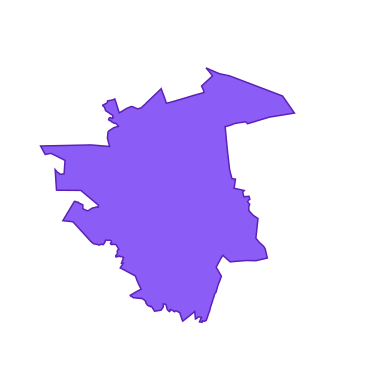 the district of Teopisca, Chiapas, Mexico, rotated 332°
{"feature_id": "50627088B78954166074167", "entity_name": "Teopisca", "entity_type": "district", "adm_level": 2, "iso_a3": "MEX", "parent_name": "Mexico", "parent_adm1": "Chiapas", "projection": "robinson", "projection_center": [-92.534, 16.553], "detail": "fine", "context": "isolated", "style": "filled", "palette": "violet", "viewbox_px": 384, "rotation_deg": 332, "n_neighbors": 0, "source": "geoboundaries", "source_scale": "gbopen_adm2", "svg_char_len": 5776}
<svg xmlns="http://www.w3.org/2000/svg" viewBox="0 0 384 384"><g transform="rotate(332 192 192)"><path d="M213.3,86.3L212.9,86.5L212.4,86.6L211.3,86.9L207.9,87.9L205.6,88.5L203.8,89.0L196.8,91.0L195.5,91.3L193.2,92.0L192.2,92.4L188.8,93.2L187.6,93.5L186.7,93.9L185.6,93.6L184.5,93.4L183.3,93.1L182.6,92.5L181.9,91.7L181.1,90.9L180.4,89.9L179.7,88.8L178.4,88.0L176.9,87.8L175.1,87.7L174.0,87.5L164.9,88.0L167.0,76.9L167.5,73.6L165.0,73.4L160.3,71.9L160.1,72.4L160.0,72.5L159.5,72.8L159.2,73.1L158.9,73.3L158.7,73.4L157.9,73.5L154.0,73.4L153.8,73.6L153.7,73.9L153.8,74.3L154.4,75.7L154.5,76.1L154.5,76.8L154.4,77.3L154.3,77.6L154.2,77.9L154.1,78.2L154.0,79.2L154.0,80.0L154.9,81.3L155.2,82.1L155.5,82.5L156.0,83.2L156.6,84.9L156.8,85.2L157.4,85.9L157.8,86.9L157.8,87.3L157.6,88.3L157.5,88.7L157.3,89.1L157.1,88.9L156.7,89.4L156.3,89.6L156.1,89.6L155.8,89.4L155.1,88.2L154.8,87.9L154.6,87.8L154.3,87.8L153.8,87.8L153.6,87.9L153.3,88.1L153.2,88.2L152.9,88.4L152.6,88.6L152.4,88.9L152.4,89.2L152.4,89.4L152.5,89.7L152.6,90.0L153.7,90.9L153.8,91.3L153.8,91.7L154.0,92.4L154.1,92.5L154.5,93.2L154.8,93.5L155.1,93.9L155.3,94.4L155.7,94.7L156.0,95.1L156.5,95.3L157.1,96.2L157.4,96.8L157.5,97.5L157.7,98.1L158.0,99.0L157.9,99.5L153.3,98.5L147.4,99.0L146.1,99.5L142.6,104.7L140.6,113.1L124.9,103.0L79.9,80.3L80.0,89.9L85.6,91.7L88.6,95.8L94.7,104.5L87.6,115.9L84.1,114.6L82.4,111.2L81.7,108.0L73.2,126.8L94.6,138.4L103.2,159.7L102.8,160.2L102.8,160.3L102.5,160.7L102.5,160.8L102.1,161.4L101.7,161.4L101.2,160.9L101.0,160.5L100.6,160.4L100.3,160.2L100.0,160.2L99.6,160.2L99.0,160.1L97.6,159.7L97.4,159.6L97.0,159.5L96.8,159.4L96.0,159.4L95.5,159.4L95.3,159.4L94.1,159.5L93.8,159.6L93.4,159.6L92.9,159.7L92.2,159.8L91.8,159.7L91.0,159.5L90.6,159.3L89.7,158.1L89.1,157.4L87.8,155.4L89.6,152.2L88.8,150.9L88.3,150.4L87.4,149.2L86.9,148.3L86.9,147.7L86.7,147.6L86.5,147.4L85.9,147.3L85.6,147.0L85.3,146.4L85.1,146.0L84.6,145.6L84.1,145.5L83.9,145.4L83.7,145.1L64.5,156.7L72.9,162.4L79.5,188.3L79.8,188.5L79.8,188.9L79.9,189.6L80.2,190.0L81.0,191.6L81.7,192.3L82.6,192.9L83.0,193.4L83.5,193.6L84.0,193.9L84.4,194.4L84.5,194.8L85.4,195.4L85.9,195.5L86.1,195.5L86.3,195.4L86.8,195.3L87.2,195.4L87.8,195.7L88.2,196.0L88.5,196.6L88.9,196.8L90.4,196.1L90.6,196.0L91.2,195.6L91.5,195.5L91.8,195.3L92.2,194.8L92.2,194.7L92.4,194.5L92.5,194.3L92.9,194.0L93.1,193.9L94.1,194.5L94.7,195.0L95.0,195.2L95.6,195.3L96.8,196.0L97.1,196.2L97.5,196.8L97.6,197.6L97.4,198.4L97.4,198.6L97.0,198.9L96.7,198.8L96.1,198.9L95.8,199.3L95.8,199.6L96.1,200.5L97.2,201.1L97.3,201.1L97.8,201.1L98.0,201.2L98.5,201.7L98.7,201.8L99.0,201.8L99.3,201.9L100.2,202.8L100.5,208.1L99.7,208.2L99.2,208.4L98.6,208.8L98.2,209.2L98.0,209.5L97.9,209.9L97.1,211.4L96.8,211.7L96.1,212.1L95.3,212.1L95.0,212.3L94.6,212.7L94.4,213.1L94.4,213.3L94.4,213.6L94.7,213.9L96.1,214.1L96.5,214.2L96.9,214.4L97.1,214.4L97.5,214.2L97.7,214.3L98.0,214.4L98.1,214.7L98.1,215.0L98.2,215.4L98.6,215.6L99.0,215.7L99.5,215.9L99.9,216.3L100.2,217.1L100.8,217.7L96.3,221.7L97.9,222.6L93.0,225.3L102.6,239.6L102.0,243.6L101.6,248.0L101.5,253.9L96.0,253.9L89.0,254.2L89.1,255.5L89.7,256.0L90.0,256.7L90.4,257.4L90.9,258.1L91.7,258.5L94.2,260.3L94.6,260.4L95.4,261.0L95.7,261.3L96.1,261.6L96.4,261.7L97.0,261.7L97.3,261.9L97.3,262.1L97.4,262.4L98.0,262.8L98.8,264.2L99.3,265.5L99.4,265.9L99.5,266.4L99.7,266.8L99.7,267.2L99.4,267.6L99.3,268.3L99.2,268.9L99.3,269.6L99.5,269.8L99.5,270.3L99.5,271.0L100.0,271.9L100.2,272.2L100.3,272.4L100.6,272.5L100.9,272.6L101.2,272.8L101.3,273.0L101.3,273.6L101.6,273.9L102.2,273.8L102.5,273.9L103.0,279.7L109.1,281.8L109.6,281.6L110.4,281.3L111.2,280.8L112.0,280.5L112.3,280.2L112.6,280.1L112.7,279.9L112.9,279.6L113.0,279.4L113.3,278.9L113.3,278.7L114.0,277.8L114.2,277.3L114.6,277.7L116.2,279.0L116.0,279.8L115.7,281.0L115.6,281.4L115.5,282.6L115.2,282.9L115.0,284.7L115.3,285.1L115.4,285.7L115.9,287.0L116.1,287.0L116.5,287.0L116.7,286.8L117.6,285.6L117.9,285.7L118.0,286.0L118.3,286.3L118.5,286.6L119.0,287.1L119.7,288.3L119.8,288.7L120.1,289.1L120.3,289.5L120.5,289.6L120.9,289.3L121.3,289.2L121.7,289.3L121.8,289.4L122.1,289.4L122.2,289.5L122.5,289.8L123.5,291.4L124.3,292.3L124.5,292.7L124.5,293.0L123.3,299.9L123.2,301.7L125.3,301.3L125.9,301.3L126.8,301.0L128.1,300.8L129.8,300.5L130.4,300.4L138.3,298.8L135.4,305.7L137.0,305.9L137.7,305.2L140.2,305.9L140.9,306.5L141.5,307.3L140.5,307.8L137.6,310.2L138.6,310.9L139.8,311.8L140.8,310.7L142.2,312.0L144.2,312.1L146.7,309.9L148.6,308.0L149.7,307.0L152.1,304.9L153.0,303.9L153.5,303.2L156.4,300.3L157.2,299.6L160.5,296.3L163.0,294.0L164.0,292.7L166.2,291.8L166.7,291.1L167.6,290.3L169.7,288.0L171.3,286.4L172.9,285.0L174.2,284.0L175.3,283.0L176.4,282.0L176.4,281.9L176.6,281.7L177.1,281.4L177.4,281.1L178.4,280.2L178.2,274.0L178.2,273.9L178.0,269.8L185.5,264.7L189.5,262.4L192.9,271.6L201.4,275.2L208.2,278.2L216.2,282.7L217.9,283.1L227.5,285.7L229.9,276.6L229.8,273.8L227.7,267.8L226.7,262.8L237.8,246.4L235.0,241.1L234.2,238.1L234.1,237.9L234.1,237.2L233.8,236.8L233.7,236.2L233.7,235.6L233.4,235.0L234.2,233.7L234.7,232.6L235.8,231.0L236.4,230.7L237.2,229.8L237.1,229.6L237.0,228.8L236.8,228.3L236.6,227.8L236.4,226.7L237.9,226.0L238.2,225.7L239.7,225.5L240.3,222.5L235.6,220.6L236.7,216.0L238.8,215.2L230.9,208.4L232.8,206.0L236.4,201.0L234.6,199.7L233.6,198.9L234.7,193.9L235.1,192.4L235.6,190.2L242.9,171.6L252.0,149.8L252.8,150.1L255.4,150.7L259.0,151.3L260.8,151.4L262.8,151.9L264.5,152.4L272.3,155.2L273.1,157.8L295.4,162.2L319.5,170.4L317.0,149.7L279.6,107.0L271.7,100.4L262.6,89.0L263.6,93.1L264.6,99.1L250.2,102.9L250.0,106.8L249.4,109.8L238.9,107.5L224.3,104.6L222.7,104.2L219.9,103.7L217.1,103.1L215.4,102.7L214.4,102.5L211.1,101.6L211.2,100.9L211.6,98.2L212.2,94.6L212.5,91.9L213.3,86.3Z" fill="#8b5cf6" stroke="#5b21b6" stroke-width="1.5"/></g></svg>